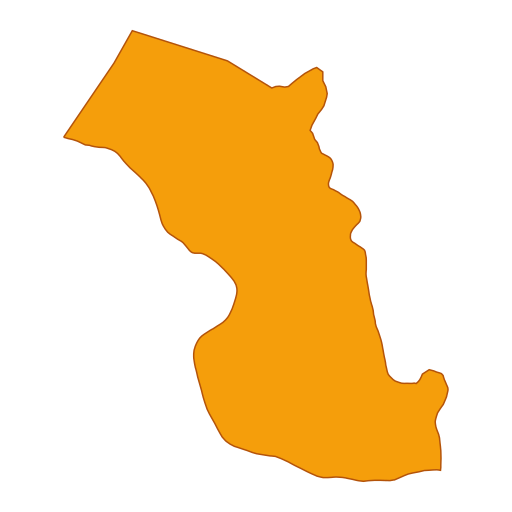 outline of Ti Riviere, Micoud, Saint Lucia
{"feature_id": "8701671B16268299103818", "entity_name": "Ti Riviere", "entity_type": "district", "adm_level": 2, "iso_a3": "LCA", "parent_name": "Saint Lucia", "parent_adm1": "Micoud", "projection": "natural_earth1", "projection_center": [-60.937, 13.83], "detail": "fine", "context": "isolated", "style": "filled", "palette": "amber", "viewbox_px": 512, "rotation_deg": 0, "n_neighbors": 0, "source": "geoboundaries", "source_scale": "gbopen_adm2", "svg_char_len": 5326}
<svg xmlns="http://www.w3.org/2000/svg" viewBox="0 0 512 512"><path d="M64.0,136.7L64.2,137.4L66.0,137.9L67.9,138.5L72.5,139.5L75.0,140.3L77.4,141.1L78.9,141.8L80.6,142.6L81.2,142.9L82.8,143.7L85.3,144.9L87.4,145.1L89.5,145.3L91.5,146.0L92.1,146.1L94.3,146.6L99.2,147.3L102.2,147.4L103.9,147.5L105.3,147.6L107.3,148.2L108.7,148.7L111.4,149.6L114.8,151.3L117.0,153.0L117.7,153.6L120.5,156.7L120.7,157.1L122.3,159.2L123.8,161.1L126.5,164.1L130.1,167.9L135.5,172.7L140.2,177.1L141.1,178.1L143.2,180.1L145.9,183.2L146.6,184.2L149.1,187.8L150.6,190.6L150.8,191.1L151.3,192.1L153.3,196.0L154.7,199.5L155.3,201.0L156.9,205.5L158.4,210.3L159.6,214.6L161.0,220.1L162.2,223.7L163.4,226.1L165.3,229.2L167.7,232.2L170.0,234.1L172.0,235.4L173.6,236.4L174.4,237.0L177.8,239.3L181.0,241.1L181.7,241.6L183.0,242.6L184.3,244.1L186.0,246.1L188.1,248.7L189.5,250.5L191.2,252.0L192.5,252.7L194.7,253.2L196.4,253.2L200.7,253.2L202.4,253.6L203.0,253.8L206.0,255.1L209.0,257.0L212.1,259.1L215.2,261.3L218.3,263.9L222.3,267.8L224.1,269.5L224.6,270.1L227.4,273.1L230.0,276.0L231.4,277.6L234.1,281.1L236.0,284.8L236.4,286.3L236.8,288.1L236.9,288.7L237.0,290.9L236.8,293.1L236.5,294.9L235.6,298.4L235.3,299.4L233.7,304.5L233.1,306.1L232.2,308.7L230.2,313.0L229.1,315.2L227.7,317.4L225.5,320.0L222.9,322.4L220.1,324.3L219.6,324.6L217.0,326.2L215.5,327.2L212.9,328.9L211.8,329.4L210.1,330.4L206.7,332.6L204.1,334.3L201.8,336.0L201.3,336.5L199.9,337.9L198.8,339.4L197.9,340.8L196.8,342.8L195.9,344.8L195.2,346.5L194.8,347.9L194.1,350.2L193.7,353.8L193.7,356.7L193.8,358.4L194.6,363.7L195.4,367.6L195.9,369.2L196.8,372.9L197.7,377.0L198.5,379.8L199.5,383.3L201.6,390.7L202.2,393.3L203.3,397.5L204.8,402.4L205.3,403.9L207.1,409.1L208.9,412.8L209.3,413.6L209.5,414.0L211.9,418.3L214.8,423.4L217.6,428.9L220.2,433.6L222.2,437.0L224.6,439.7L225.6,440.8L226.7,441.7L227.3,442.1L229.7,443.8L230.4,444.3L230.9,444.5L234.3,446.3L237.5,447.3L238.4,447.6L243.4,449.3L247.1,450.5L252.4,452.5L256.5,453.7L265.0,455.1L270.0,455.9L271.7,456.0L275.4,456.4L280.6,458.4L281.1,458.6L288.5,462.0L290.6,463.2L294.3,465.2L297.1,466.6L300.4,468.2L306.9,471.5L311.3,473.6L316.1,475.7L316.9,476.1L320.4,477.0L323.2,477.6L327.6,477.6L332.3,477.3L332.9,477.2L336.1,477.0L342.2,477.4L345.6,477.9L346.4,478.1L347.7,478.4L352.3,479.3L355.6,480.1L357.3,480.5L359.2,480.8L363.5,481.3L368.2,480.7L374.8,480.3L380.1,480.3L385.6,480.5L386.8,480.5L389.9,480.6L394.0,479.9L394.5,479.9L395.4,479.5L399.3,477.8L404.5,475.5L408.3,474.0L412.6,473.0L419.0,471.8L421.5,471.2L424.3,470.5L428.1,470.3L432.2,470.0L434.0,469.9L436.6,469.8L437.8,469.9L438.7,470.0L440.5,470.3L440.8,467.4L440.8,465.8L440.8,464.9L440.9,461.3L441.0,458.4L440.9,454.2L440.8,450.6L440.6,448.6L440.4,446.3L440.0,443.0L439.7,440.0L439.5,437.9L438.6,434.3L437.9,432.5L436.8,429.7L435.9,426.9L435.4,423.9L435.2,421.8L435.4,420.3L435.9,418.2L436.7,415.5L437.6,412.8L438.5,411.4L439.7,409.5L441.2,407.3L443.3,404.4L444.5,401.6L445.4,399.5L446.5,396.8L446.9,395.0L447.4,392.9L447.9,390.7L448.0,389.2L447.8,387.7L447.2,386.2L446.6,384.9L445.2,381.5L444.4,379.8L443.6,377.3L443.1,375.5L442.0,374.2L441.2,373.5L439.2,372.8L437.8,372.4L436.7,372.1L433.8,370.9L429.2,369.7L422.4,374.1L421.2,377.0L419.8,379.7L418.3,381.6L417.2,382.6L416.2,383.5L414.2,383.1L412.2,383.4L409.9,383.4L407.0,383.3L404.2,383.4L401.5,383.2L398.7,382.3L395.3,381.1L393.1,379.6L390.7,377.2L389.6,376.1L388.2,374.3L387.4,372.1L387.0,370.5L386.5,368.1L385.8,365.2L385.5,362.7L385.0,360.0L384.3,356.9L383.7,353.8L383.2,350.8L382.7,348.2L382.2,345.2L381.6,342.4L380.9,339.7L380.2,337.5L379.3,334.7L378.9,333.5L378.0,330.8L377.2,329.0L376.2,326.7L375.8,325.1L375.4,323.7L375.2,321.1L374.9,319.7L374.1,316.4L373.6,314.5L373.2,310.6L372.2,306.3L371.6,304.6L371.1,302.7L370.7,301.5L370.1,298.6L369.8,297.2L369.3,294.9L368.8,291.5L368.6,290.2L368.1,287.2L367.8,285.5L367.3,282.8L366.9,280.4L366.5,277.9L366.2,276.4L366.0,273.9L366.1,271.5L366.3,269.5L366.3,267.0L366.3,264.6L366.3,263.1L366.3,262.2L366.3,260.3L366.2,257.8L365.8,255.7L365.5,254.2L365.3,252.6L365.0,251.4L364.5,250.2L363.4,249.1L360.1,246.8L358.3,245.8L356.6,244.6L354.8,243.3L352.9,242.2L351.6,241.1L351.0,240.1L350.5,238.7L350.3,236.9L350.4,236.1L350.5,234.1L350.8,232.9L351.4,231.7L352.4,229.7L353.1,228.8L354.3,227.3L355.1,226.4L356.2,225.2L357.1,224.3L358.3,223.2L359.8,221.4L360.2,220.1L360.7,218.1L360.8,216.8L360.5,214.2L360.1,212.5L359.5,211.0L358.5,208.9L357.6,207.4L356.5,205.9L355.8,205.1L355.1,204.3L354.1,203.0L352.9,201.7L352.5,201.3L350.0,199.6L349.5,199.4L346.6,197.7L344.8,196.5L342.7,195.4L340.6,194.0L338.7,192.5L337.5,191.8L335.1,190.6L333.6,189.7L331.7,189.0L330.3,188.4L329.3,187.4L328.7,186.3L328.4,183.8L328.6,182.4L329.0,181.1L329.6,179.4L330.2,178.0L330.7,176.4L331.3,174.4L331.9,171.9L332.6,169.7L333.0,167.1L333.1,164.6L332.9,163.3L332.4,161.7L331.7,160.2L330.9,158.9L330.0,157.9L328.6,156.9L326.7,155.8L325.2,155.1L323.0,153.9L321.7,153.3L321.0,152.4L320.3,150.9L319.4,148.9L318.9,146.5L317.4,142.6L314.7,139.4L312.6,133.3L310.1,130.4L312.0,125.1L315.8,118.2L317.8,114.1L321.6,109.4L323.9,105.8L326.6,97.2L327.2,93.6L325.8,86.8L322.8,80.7L322.8,74.3L322.8,71.9L316.7,67.5L313.2,68.8L304.8,73.5L296.6,79.6L292.1,83.3L288.4,86.5L284.7,87.1L279.5,86.2L275.8,86.5L271.8,88.0L227.5,60.9L132.3,30.7L114.0,63.1L64.0,136.7Z" fill="#f59e0b" stroke="#b45309" stroke-width="1.5"/></svg>